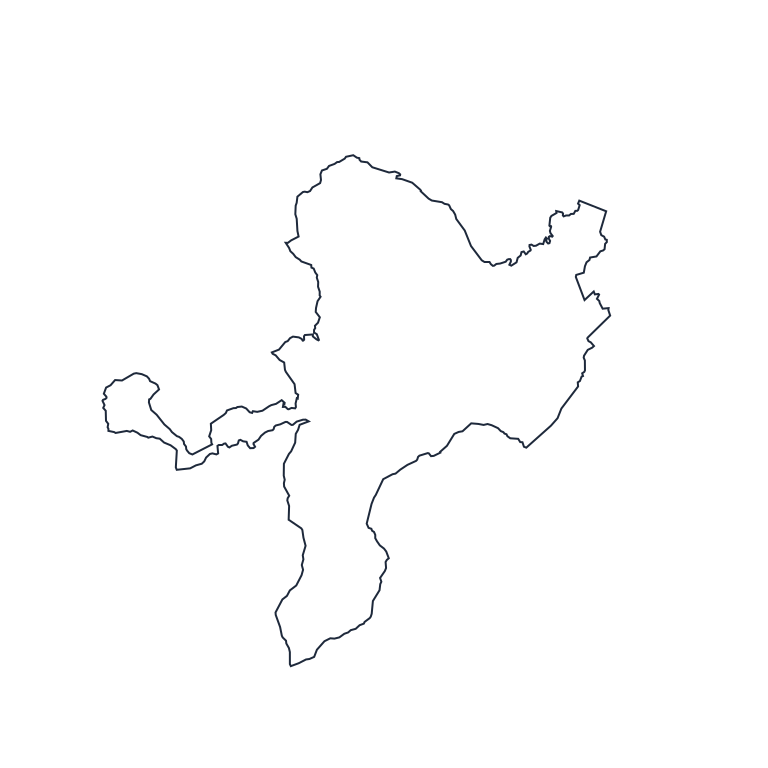 Pasaje, El Oro, Ecuador (Mercator projection), rotated 157°
{"feature_id": "8360857B52243980096662", "entity_name": "Pasaje", "entity_type": "district", "adm_level": 2, "iso_a3": "ECU", "parent_name": "Ecuador", "parent_adm1": "El Oro", "projection": "mercator", "projection_center": [-79.713, -3.323], "detail": "fine", "context": "isolated", "style": "outline", "palette": "slate", "viewbox_px": 768, "rotation_deg": 157, "n_neighbors": 0, "source": "geoboundaries", "source_scale": "gbopen_adm2", "svg_char_len": 6154}
<svg xmlns="http://www.w3.org/2000/svg" viewBox="0 0 768 768"><g transform="rotate(157 384 384)"><path d="M357.7,604.8L360.6,601.9L362.3,596.4L364.3,593.9L373.1,592.9L376.7,590.5L379.6,590.5L381.8,592.0L383.6,592.4L390.5,590.3L393.6,584.9L395.6,582.7L399.3,574.9L399.8,570.2L403.9,558.7L405.0,553.1L413.3,552.5L417.4,551.5L419.3,552.4L418.2,546.3L418.3,542.8L416.7,539.3L415.7,535.3L413.0,531.4L412.2,529.1L404.5,522.0L405.3,519.5L403.6,517.7L403.7,513.5L402.9,510.3L404.3,508.2L404.7,503.6L406.7,499.3L407.1,494.1L408.6,490.7L408.3,489.1L412.8,486.2L416.9,480.5L418.7,477.0L417.0,470.5L420.8,466.2L424.8,464.6L425.5,462.3L427.2,461.2L428.3,458.7L426.4,456.1L426.7,450.0L427.3,449.8L428.7,451.5L430.9,455.6L430.1,457.4L437.7,460.0L439.0,459.2L440.2,456.0L441.3,455.5L441.9,455.7L442.2,457.7L444.2,460.2L449.3,463.2L452.6,462.9L455.9,461.1L458.5,461.2L467.2,456.7L474.9,456.9L474.7,455.3L472.5,452.7L470.7,446.9L467.5,442.8L469.6,435.8L469.6,433.6L466.4,418.8L468.9,410.2L467.2,407.7L469.1,404.3L469.8,405.0L473.0,400.6L474.1,397.2L475.3,396.3L478.5,398.1L481.6,398.0L482.4,398.5L483.7,401.5L486.0,402.4L484.3,405.0L483.6,404.3L482.8,405.5L484.5,409.1L491.1,407.9L496.0,408.6L498.5,408.4L506.3,406.9L511.6,407.9L515.3,410.2L516.7,408.9L518.7,410.5L520.4,415.3L523.7,418.8L528.0,420.1L529.7,419.7L532.0,420.6L538.9,421.0L540.9,419.1L543.5,418.2L558.9,415.1L561.1,409.0L565.4,404.1L564.6,400.9L565.9,397.2L565.8,395.6L587.9,394.0L590.3,396.4L591.3,399.7L591.5,401.3L590.7,403.8L591.5,406.9L590.8,409.3L591.6,412.5L593.3,415.4L595.0,416.9L598.0,422.6L598.8,426.1L602.0,432.6L605.3,444.6L608.4,451.0L607.6,458.9L606.2,461.6L604.8,461.6L600.2,464.4L593.2,466.9L593.0,471.5L594.2,473.7L598.2,478.0L598.2,480.7L599.3,483.7L603.1,487.7L607.8,490.8L610.3,491.3L623.8,489.6L630.0,492.7L636.2,489.7L641.2,489.3L645.7,484.5L644.5,480.8L644.8,479.7L646.2,479.1L648.8,479.2L649.7,478.5L649.5,473.8L651.8,471.7L650.6,468.1L654.3,458.7L653.4,455.1L655.3,452.2L655.2,450.4L656.0,448.5L651.2,445.2L650.2,443.8L639.1,441.3L636.4,439.2L633.5,439.4L630.0,435.5L628.0,432.0L622.4,427.6L622.0,426.7L617.7,426.1L614.8,423.1L611.8,421.3L609.3,416.0L604.4,411.0L601.1,405.4L600.7,403.7L608.2,388.6L608.3,386.0L595.4,382.1L588.9,382.6L582.9,381.8L579.7,383.0L576.5,385.8L571.6,387.6L569.1,387.2L565.8,384.7L563.8,384.9L561.5,392.1L559.9,392.4L556.8,391.1L554.5,391.6L553.1,391.2L552.2,387.2L551.1,386.0L548.2,386.6L543.0,385.7L541.7,386.3L539.7,388.8L538.0,388.7L536.1,386.3L533.1,384.5L533.4,380.7L532.3,377.2L529.1,376.0L527.2,376.6L527.6,379.8L527.0,380.7L521.3,381.8L517.4,384.3L512.5,385.8L509.0,386.0L504.6,385.0L503.2,385.6L501.7,387.5L499.8,388.1L495.3,387.4L489.5,387.6L488.0,386.9L485.2,382.5L483.9,382.0L479.1,383.5L472.4,382.8L470.0,381.8L467.9,379.0L477.6,379.4L481.0,375.4L484.7,372.6L488.7,364.7L495.8,358.3L498.8,356.8L507.3,349.7L512.1,338.8L512.8,334.7L514.9,331.8L516.0,328.6L514.9,318.2L517.3,316.5L518.5,314.6L519.0,308.8L524.8,296.3L516.5,283.4L516.2,281.5L518.2,274.0L519.4,265.7L525.7,258.1L526.7,254.1L530.4,249.5L531.1,244.6L534.6,240.2L543.5,232.8L551.3,230.8L556.1,226.9L561.7,225.4L573.1,216.1L573.9,213.7L574.6,200.9L576.4,192.2L576.3,190.3L574.5,186.0L575.3,183.3L574.7,178.1L575.4,174.0L580.1,162.9L580.0,160.7L571.6,160.3L563.4,160.9L560.1,160.0L554.9,160.1L549.6,165.6L539.3,170.5L532.8,170.9L529.1,169.0L524.1,168.2L518.1,169.6L514.1,169.3L510.8,170.4L505.7,169.7L500.7,171.5L496.2,171.3L494.8,172.6L488.6,174.1L487.1,175.0L485.1,177.3L479.0,188.6L468.7,195.9L465.6,201.3L463.7,203.0L463.4,207.0L456.3,211.5L454.0,213.8L452.1,219.5L450.1,221.0L447.7,221.7L447.4,228.9L448.3,232.5L450.9,237.1L451.9,241.9L452.3,245.5L451.0,248.5L451.0,251.7L452.3,253.6L452.2,255.7L454.4,257.6L454.5,262.2L442.3,278.5L437.6,283.3L434.9,285.1L421.9,296.7L411.4,297.6L408.4,297.0L402.5,298.8L394.0,300.4L384.5,300.7L383.0,301.4L381.1,303.6L379.4,304.2L370.7,303.3L369.8,302.6L368.9,299.2L366.3,298.4L358.9,298.8L358.9,299.6L350.2,302.5L338.8,310.6L334.0,310.7L330.2,309.8L319.1,313.7L312.8,310.4L308.3,307.4L304.3,306.7L301.0,304.0L296.3,298.8L294.9,295.0L292.9,293.0L292.5,291.3L290.9,289.9L290.8,287.7L289.0,284.7L281.9,281.1L281.3,277.3L279.3,276.3L279.7,271.6L277.9,269.8L246.6,280.4L237.6,284.7L230.3,292.1L206.3,305.9L205.0,309.8L202.5,310.2L199.2,313.6L197.7,313.6L197.4,316.4L194.9,316.9L193.7,318.0L189.9,327.2L189.9,330.2L188.8,331.9L183.1,335.8L178.2,336.1L175.9,336.9L177.4,341.6L179.0,343.5L179.1,346.5L178.5,347.1L149.1,358.6L148.6,364.4L147.6,366.1L153.3,367.9L153.8,374.2L153.4,376.3L154.7,379.2L151.1,382.2L151.4,383.1L154.9,384.1L154.8,387.2L166.6,382.9L165.6,407.6L164.4,409.3L156.6,408.4L153.0,413.9L150.0,416.9L146.4,417.9L144.9,419.9L138.6,418.4L133.0,421.6L130.1,421.3L128.3,421.9L125.7,426.6L123.4,427.6L122.6,429.7L123.8,430.6L123.8,433.6L125.8,436.1L125.6,439.7L112.0,456.2L132.6,476.5L134.9,474.2L134.0,472.2L137.3,468.3L138.4,467.9L140.2,468.6L142.9,466.5L145.5,467.5L147.8,466.8L150.6,468.0L153.1,468.1L153.5,469.3L152.6,470.9L152.9,472.3L157.9,475.9L158.4,474.0L164.2,473.3L166.0,472.1L169.9,465.1L169.7,464.4L168.7,464.2L168.7,463.4L171.5,460.1L171.8,457.8L170.9,454.3L171.6,453.9L173.5,455.3L174.7,455.1L175.5,453.4L175.2,450.8L176.7,449.0L178.0,449.2L178.8,451.3L178.8,452.3L177.2,454.3L177.7,455.6L179.6,454.4L182.8,450.6L185.8,452.4L190.1,451.9L192.3,452.6L193.8,454.7L195.7,455.1L196.4,453.8L196.5,450.1L197.1,449.6L199.6,449.3L201.2,448.2L202.8,448.0L203.6,451.4L205.9,451.7L208.0,448.9L211.6,447.9L214.5,444.2L220.6,443.2L222.0,444.8L219.4,447.1L218.8,448.5L219.0,449.6L220.4,450.2L222.0,450.3L224.2,449.0L230.0,449.5L233.7,450.6L236.3,449.9L237.6,450.2L238.8,452.5L239.2,455.1L243.8,457.0L245.7,459.7L250.0,477.0L249.7,493.7L253.0,507.7L252.3,512.1L252.8,516.2L254.1,518.9L254.2,523.0L254.9,524.2L257.9,526.2L259.6,528.7L268.3,534.2L270.5,537.2L274.9,547.1L274.4,547.6L274.9,549.1L279.4,558.3L287.3,565.5L292.3,568.5L291.0,570.4L287.7,569.8L287.2,570.6L287.9,572.2L291.0,575.3L296.7,576.7L310.1,588.1L312.6,594.5L318.1,597.7L318.9,600.0L318.5,601.6L320.5,602.9L322.9,606.6L330.2,608.0L332.1,606.8L338.6,605.9L340.4,606.6L343.5,605.9L349.4,606.2L352.5,604.4L357.7,604.8Z" fill="none" stroke="#1e293b" stroke-width="2"/></g></svg>